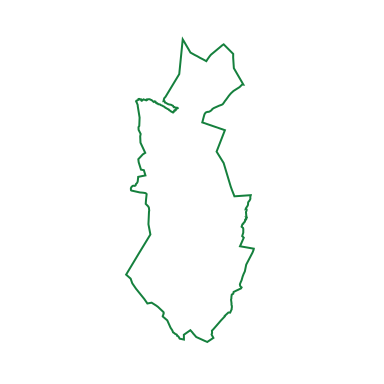 the district of Høylandet nor, Nord-Trøndelag, Norway, rotated 336°
{"feature_id": "86288312B25157872919585", "entity_name": "Høylandet nor", "entity_type": "district", "adm_level": 2, "iso_a3": "NOR", "parent_name": "Norway", "parent_adm1": "Nord-Trøndelag", "projection": "albers", "projection_center": [12.389, 64.756], "detail": "fine", "context": "isolated", "style": "outline", "palette": "green", "viewbox_px": 384, "rotation_deg": 336, "n_neighbors": 0, "source": "geoboundaries", "source_scale": "gbopen_adm2", "svg_char_len": 5343}
<svg xmlns="http://www.w3.org/2000/svg" viewBox="0 0 384 384"><g transform="rotate(336 192 192)"><path d="M245.6,48.8L228.3,79.1L206.5,94.3L204.7,95.1L202.9,97.4L203.7,97.7L203.9,98.0L203.7,98.7L203.7,99.3L204.1,99.6L204.6,100.2L205.2,101.1L206.1,102.2L207.0,102.9L208.2,103.7L208.6,104.1L209.0,104.7L209.7,105.5L209.7,106.4L209.9,107.1L210.4,107.2L210.5,107.6L211.5,108.3L213.0,109.2L213.1,109.6L212.8,109.7L212.1,109.7L211.5,109.6L210.8,110.1L210.6,110.5L210.2,110.7L209.5,110.8L209.3,110.7L209.4,110.3L209.3,110.2L208.9,110.4L208.4,110.8L207.8,111.5L207.3,111.7L207.0,111.7L206.8,111.4L206.5,110.8L205.9,110.4L205.4,109.4L205.0,108.7L204.4,107.9L204.4,107.3L203.4,106.1L202.7,105.1L201.9,104.1L201.4,102.9L200.7,102.1L199.7,100.7L199.1,100.2L198.8,99.9L198.4,99.0L197.6,98.5L197.3,98.2L196.9,98.1L196.6,97.2L196.3,96.7L195.7,96.6L195.4,96.0L195.4,94.7L195.2,94.6L195.0,94.2L194.8,94.0L194.3,94.2L193.8,94.3L193.4,93.7L192.9,92.5L192.4,91.5L191.7,90.9L191.2,90.2L190.6,89.8L189.7,89.5L189.0,89.2L188.2,89.0L187.9,89.2L187.9,89.7L187.5,89.7L187.1,89.3L186.8,88.9L186.2,88.4L185.5,88.1L185.4,87.7L184.0,87.7L183.5,88.2L183.0,88.1L182.9,87.7L183.0,87.1L183.1,86.7L182.2,86.4L181.8,86.2L182.1,86.0L182.1,85.8L181.7,85.5L181.2,85.3L180.9,85.3L180.8,85.5L180.7,85.8L180.3,86.0L179.6,86.0L178.3,86.0L178.1,86.5L178.0,87.0L177.8,87.0L177.9,87.7L177.8,89.8L177.8,90.3L177.3,91.7L177.2,92.1L174.4,102.7L170.7,110.2L169.5,111.0L168.5,113.5L168.7,118.1L167.3,120.1L165.0,126.0L165.2,137.2L162.4,137.6L156.3,140.2L155.4,143.1L154.5,150.8L156.9,152.5L156.2,157.9L149.0,156.3L146.8,160.1L146.1,160.9L145.6,161.3L144.8,161.7L144.3,161.8L143.7,162.3L143.4,162.6L143.3,162.9L143.2,163.0L142.8,163.1L142.1,163.1L141.6,162.8L141.0,162.4L140.6,162.3L140.2,162.3L139.0,162.7L138.5,163.0L137.8,163.6L137.5,164.1L137.2,164.9L137.1,165.2L137.0,165.5L137.2,166.0L144.2,171.2L147.1,172.8L148.8,173.9L149.1,174.2L149.4,174.6L149.6,175.1L149.7,175.5L147.0,180.1L144.9,184.0L146.2,187.5L146.2,189.0L145.5,191.1L145.4,191.5L144.7,192.5L144.3,193.3L139.1,203.7L136.7,213.9L118.9,226.2L98.2,240.7L100.7,246.2L100.3,251.1L101.5,257.6L104.9,270.4L105.9,275.7L110.1,276.7L113.3,281.5L113.7,282.3L114.1,282.9L117.1,290.1L117.0,290.4L117.0,290.5L117.0,290.8L117.0,291.0L116.8,291.2L116.8,291.3L116.6,291.6L116.4,291.7L116.3,291.9L116.2,291.9L116.1,292.0L115.9,292.3L115.8,292.5L115.7,292.6L115.4,292.9L115.1,293.2L114.7,293.5L114.6,293.8L117.2,299.2L117.2,307.2L117.7,310.2L117.7,311.3L117.6,312.2L117.6,312.3L117.6,312.5L118.1,313.1L118.3,313.6L118.5,313.8L118.6,314.0L118.8,314.6L118.9,314.8L119.3,315.3L119.7,315.6L119.8,315.7L120.0,316.0L120.1,316.6L119.9,317.3L120.5,317.8L120.6,318.1L120.8,318.7L121.0,319.4L121.0,319.6L121.0,319.9L121.0,320.1L121.0,320.3L121.0,320.7L121.1,321.0L124.6,323.5L126.5,319.1L134.3,317.6L135.3,320.7L135.5,321.8L135.7,322.3L136.9,326.2L143.0,333.1L144.9,335.2L152.2,334.0L151.9,330.2L153.0,329.0L153.8,326.8L155.8,326.0L166.5,321.0L171.5,318.9L171.5,318.5L176.2,316.9L176.9,317.2L177.8,317.7L178.8,316.8L179.7,316.0L180.6,315.2L180.8,314.6L181.4,313.8L181.7,313.1L182.1,312.3L182.1,311.6L182.3,310.9L182.5,310.3L182.8,309.9L183.8,306.5L183.9,306.2L184.7,305.2L185.3,303.9L186.6,301.9L188.3,301.7L189.4,300.2L197.6,300.0L198.5,299.3L198.1,298.6L197.8,297.4L198.2,295.8L199.7,294.3L201.3,292.9L203.9,289.8L205.9,287.8L208.0,286.0L212.0,280.4L222.7,271.9L224.8,269.8L225.4,268.9L213.8,261.1L220.7,254.8L219.9,252.7L222.3,250.0L223.8,246.7L224.0,245.6L223.2,243.9L224.8,242.1L225.2,241.9L225.4,241.8L225.6,241.8L225.9,241.9L226.0,241.8L226.4,241.5L226.6,241.3L226.7,241.1L226.9,241.1L227.1,241.1L227.4,240.9L227.5,240.8L227.7,240.7L228.1,240.7L228.3,240.6L228.4,240.4L228.6,240.1L228.8,239.9L228.7,239.9L228.9,239.7L229.0,239.5L229.3,239.4L229.2,239.3L229.3,239.2L229.5,239.1L229.5,238.9L229.8,238.9L230.0,238.7L230.3,238.7L230.5,238.5L230.4,238.7L230.6,238.6L230.6,238.4L230.8,238.4L231.0,238.2L231.1,237.9L231.1,237.7L231.2,237.8L231.4,237.8L231.5,237.8L231.7,237.6L231.6,237.4L231.9,236.1L232.0,235.7L232.0,235.4L232.1,235.1L232.2,234.8L232.4,234.5L232.5,234.2L232.7,233.6L232.8,233.2L232.9,232.9L233.0,232.6L233.4,232.0L233.6,231.7L233.9,231.5L234.1,231.4L234.3,231.1L234.5,230.8L234.8,230.2L234.7,229.8L234.7,229.7L234.5,229.2L234.4,229.2L234.5,229.1L234.5,228.9L237.3,227.1L237.7,226.7L238.1,226.2L238.9,224.6L239.4,224.1L239.8,223.8L240.2,223.7L240.6,223.5L241.5,222.9L242.2,222.3L242.4,222.1L242.5,222.0L242.9,221.2L243.1,220.5L243.4,220.0L243.6,219.7L243.9,219.4L244.2,219.1L244.4,218.8L229.0,213.2L229.2,209.2L229.3,206.5L229.6,202.6L232.7,178.4L230.9,165.1L247.2,148.9L229.7,132.6L230.6,131.5L233.4,128.0L235.0,126.1L236.2,125.3L237.0,125.0L237.7,125.0L238.7,125.1L239.4,125.4L240.2,125.6L240.8,125.6L241.7,125.5L242.7,125.3L243.7,124.9L244.3,124.5L245.5,124.3L246.2,124.2L247.6,124.2L252.0,124.2L254.6,124.4L255.7,124.3L256.5,123.9L257.7,123.2L259.1,122.3L260.3,121.7L263.1,120.1L264.6,119.2L265.4,118.8L266.6,118.2L268.2,117.5L269.5,117.1L270.9,116.6L274.2,116.1L277.7,115.6L278.5,115.4L281.0,114.4L281.4,114.3L281.8,114.4L282.6,114.8L280.6,95.9L284.3,85.9L285.8,82.6L281.0,70.0L279.2,70.3L276.5,71.1L265.1,74.3L263.3,75.2L260.4,76.9L258.3,78.3L257.4,77.1L255.7,74.9L253.9,72.7L252.1,70.2L250.3,68.0L247.3,64.0L247.1,62.2L246.9,60.0L246.6,57.5L246.2,53.8L245.9,51.0L245.6,48.8Z" fill="none" stroke="#15803d" stroke-width="2"/></g></svg>